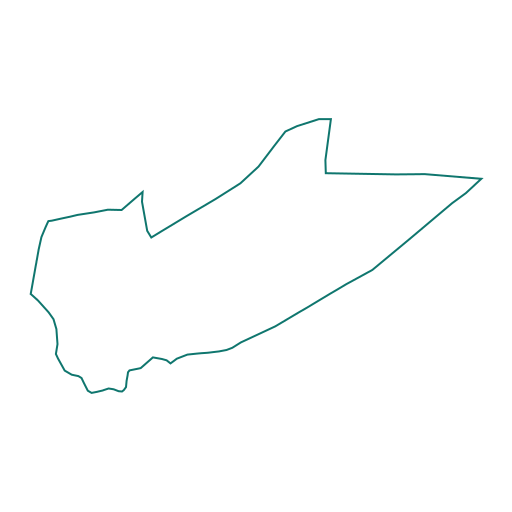 Al Qutayfah, Rif Dimashq, Syria (Natural Earth projection)
{"feature_id": "27442178B63021739925615", "entity_name": "Al Qutayfah", "entity_type": "district", "adm_level": 2, "iso_a3": "SYR", "parent_name": "Syria", "parent_adm1": "Rif Dimashq", "projection": "natural_earth1", "projection_center": [36.695, 33.816], "detail": "fine", "context": "isolated", "style": "outline", "palette": "teal", "viewbox_px": 512, "rotation_deg": 0, "n_neighbors": 0, "source": "geoboundaries", "source_scale": "gbopen_adm2", "svg_char_len": 1562}
<svg xmlns="http://www.w3.org/2000/svg" viewBox="0 0 512 512"><path d="M481.3,178.8L424.4,174.1L418.5,174.2L396.0,174.4L325.8,173.2L325.4,160.1L330.9,119.1L319.0,119.1L297.1,126.1L285.4,131.5L274.3,145.8L258.5,166.6L240.4,183.3L215.6,199.0L186.6,216.1L161.1,231.5L151.3,237.5L147.2,230.8L142.0,201.7L142.6,192.0L134.7,198.7L121.6,210.0L107.9,209.7L94.0,212.4L77.6,214.9L73.8,215.8L70.1,216.7L68.6,217.0L60.2,218.8L51.7,220.7L48.4,221.1L47.6,222.7L45.4,227.6L41.8,236.2L41.4,237.2L38.5,250.2L38.5,250.5L37.7,254.9L36.9,259.5L36.5,261.4L36.4,262.3L36.1,263.9L36.0,264.3L35.2,268.8L34.5,272.8L33.3,279.5L31.8,288.0L30.7,294.0L31.0,294.2L36.1,298.8L36.4,299.1L36.5,299.1L36.6,299.3L36.8,299.4L37.5,300.1L37.8,300.3L45.0,308.3L48.6,312.3L53.5,319.2L56.4,329.1L57.0,337.4L57.5,344.1L55.9,354.0L58.0,358.5L64.7,370.6L71.7,374.7L75.0,375.4L78.4,376.1L81.5,378.0L83.7,382.6L85.1,385.4L87.8,390.7L89.7,391.8L91.6,392.9L97.2,391.8L98.4,391.5L100.5,391.0L102.7,390.5L103.7,390.1L108.6,388.5L111.9,389.0L113.7,389.3L118.6,391.2L122.0,391.5L123.8,390.1L126.0,387.1L126.6,380.8L127.6,375.3L128.0,372.3L129.5,370.4L138.9,368.5L140.7,368.1L150.3,359.7L152.9,357.4L161.9,359.0L166.6,360.3L170.5,363.4L174.3,360.6L176.8,358.7L187.4,354.6L196.9,353.6L201.3,353.2L207.3,352.8L209.2,352.6L213.2,352.1L219.2,351.4L220.1,351.2L226.5,350.0L232.3,347.8L240.9,342.4L275.2,326.4L299.1,312.2L306.4,308.0L330.0,293.8L337.2,289.6L346.4,284.1L350.1,282.1L368.2,272.2L370.3,271.1L372.4,269.9L410.8,238.0L452.1,203.2L465.9,193.1L481.3,178.8Z" fill="none" stroke="#0f766e" stroke-width="2"/></svg>